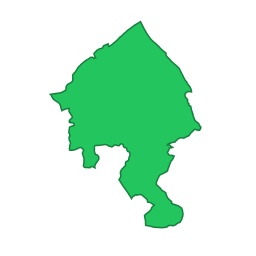 the district of Texhuacán, Veracruz, Mexico, rotated 82°
{"feature_id": "50627088B48642687236942", "entity_name": "Texhuacán", "entity_type": "district", "adm_level": 2, "iso_a3": "MEX", "parent_name": "Mexico", "parent_adm1": "Veracruz", "projection": "mercator", "projection_center": [-97.022, 18.616], "detail": "fine", "context": "isolated", "style": "filled", "palette": "green", "viewbox_px": 256, "rotation_deg": 82, "n_neighbors": 0, "source": "geoboundaries", "source_scale": "gbopen_adm2", "svg_char_len": 5865}
<svg xmlns="http://www.w3.org/2000/svg" viewBox="0 0 256 256"><g transform="rotate(82 128 128)"><path d="M83.9,200.2L84.9,199.4L86.1,199.1L87.4,198.7L89.2,197.8L91.3,195.6L92.7,193.9L93.8,192.9L95.0,192.2L97.3,191.6L98.2,191.6L100.0,191.4L101.2,191.1L101.7,191.0L101.0,189.3L100.6,187.4L100.3,185.5L100.6,183.4L101.5,183.8L102.8,184.1L104.0,183.9L108.6,181.8L109.5,181.6L110.6,182.4L111.2,183.5L111.8,184.4L112.5,185.0L113.2,185.2L113.8,185.3L114.1,185.2L114.0,184.7L114.0,184.3L114.7,184.4L114.9,183.8L115.0,182.8L115.2,182.0L115.6,181.4L116.0,181.0L116.7,180.9L117.7,180.9L118.1,181.1L118.2,181.9L118.5,184.4L118.9,185.3L119.3,185.9L120.3,186.1L121.7,186.5L123.2,187.0L124.2,187.2L125.0,187.1L125.6,186.8L126.5,186.6L127.9,186.7L128.5,187.3L129.0,187.7L129.7,187.8L131.7,187.8L132.7,187.6L133.8,187.1L134.9,187.1L136.1,187.5L137.4,188.2L138.3,188.3L139.3,188.6L140.2,188.8L141.7,189.0L142.2,187.5L142.3,186.1L142.2,184.7L142.1,183.3L141.4,180.8L140.7,178.9L140.8,177.2L141.8,176.3L142.7,175.6L143.2,175.3L143.9,175.1L144.8,175.4L145.6,176.2L146.9,176.7L148.2,176.4L149.2,176.3L151.1,175.9L152.3,175.8L154.7,176.2L155.6,176.3L156.6,176.6L157.4,176.8L159.2,177.4L160.1,177.1L160.9,176.6L161.5,174.6L161.4,173.8L162.0,171.8L162.0,171.2L161.5,170.3L161.0,169.4L161.4,168.4L162.8,166.2L161.3,166.4L159.6,165.4L158.6,164.7L156.7,162.9L156.0,162.3L155.3,161.6L154.7,161.2L153.8,161.2L153.4,161.2L152.9,160.9L152.3,161.0L150.2,162.4L149.8,163.5L149.5,163.9L148.4,164.2L147.4,164.4L146.3,164.5L143.9,164.1L142.8,164.0L141.8,163.8L141.2,163.5L140.8,163.1L141.0,160.7L141.2,158.8L141.1,157.3L141.2,155.1L141.1,154.1L141.2,153.1L141.9,150.8L142.3,150.4L143.0,149.9L143.4,149.2L143.7,148.2L144.1,147.4L144.5,146.8L144.4,146.3L143.8,145.1L143.0,144.0L143.1,142.7L143.5,141.5L144.0,140.6L144.3,139.4L143.7,138.5L143.0,137.9L142.7,137.0L143.1,135.9L143.6,135.2L144.1,134.9L144.9,135.2L145.3,135.2L146.0,134.9L146.6,134.4L147.0,133.9L147.1,133.2L147.3,132.7L147.7,132.4L148.2,132.1L149.0,132.2L149.6,132.1L150.4,131.8L151.2,131.6L151.7,130.4L152.2,129.9L153.4,129.6L155.8,129.9L156.5,130.7L157.2,130.9L157.9,131.3L159.7,131.8L160.6,132.9L161.0,134.6L161.6,135.0L162.8,135.5L163.9,135.6L165.1,135.8L165.8,137.1L166.8,138.2L168.2,140.1L169.4,141.0L170.3,141.5L171.5,141.8L172.3,141.9L173.6,141.6L174.5,141.8L175.8,142.4L176.4,142.8L177.9,144.1L184.3,141.2L191.8,137.3L198.4,134.3L196.4,132.8L196.3,131.8L195.1,129.5L195.7,128.9L195.6,128.0L195.7,124.1L200.2,120.1L201.4,119.1L202.8,118.9L204.1,118.9L204.5,117.4L205.3,115.7L206.8,114.3L208.0,112.8L209.2,114.5L209.9,115.4L211.6,116.3L213.5,118.3L214.6,120.3L215.7,122.2L216.8,123.8L218.5,123.9L220.1,123.7L222.3,123.6L224.8,123.9L226.9,124.0L228.2,120.0L229.9,115.9L231.3,109.1L231.6,106.5L231.4,103.0L230.6,101.9L230.1,101.1L230.3,100.8L230.4,100.5L230.4,99.7L230.5,99.0L230.6,98.3L230.8,97.8L231.1,97.4L231.1,96.9L230.7,96.1L230.8,95.3L230.6,94.6L230.4,94.1L230.2,93.8L229.9,93.4L229.6,93.0L228.9,91.3L228.9,90.8L228.8,90.0L228.4,89.4L227.6,88.8L226.1,87.6L224.7,86.9L223.8,86.8L223.0,86.0L222.2,86.0L220.9,85.4L220.0,85.7L219.5,85.7L218.9,85.5L217.4,85.5L214.7,86.1L213.9,87.1L213.0,87.9L211.9,89.4L209.8,93.4L209.7,94.5L209.3,94.7L208.8,94.8L208.6,95.3L208.2,95.2L207.3,95.1L206.5,95.4L205.8,96.2L202.8,98.5L200.4,99.2L198.8,99.6L197.4,99.6L196.9,100.1L195.5,101.8L194.8,102.9L191.7,104.7L190.4,105.8L189.3,106.6L188.1,107.8L185.4,107.4L184.4,106.7L182.7,105.8L179.6,103.6L178.9,102.8L177.9,99.5L176.7,96.0L175.9,94.7L174.7,94.4L173.7,93.9L172.3,93.1L171.5,92.6L169.9,91.8L168.6,91.0L167.6,90.5L166.6,89.9L166.1,89.1L165.3,88.3L164.4,87.6L163.4,87.0L162.2,86.2L161.8,87.3L161.1,88.3L161.1,90.0L160.5,91.0L159.3,91.7L158.2,92.2L157.5,92.3L156.4,91.3L155.5,90.6L154.5,90.3L153.5,89.8L153.5,88.9L153.7,87.7L153.3,86.5L152.8,87.5L151.5,88.5L150.7,89.1L150.3,89.7L150.3,90.6L150.4,91.3L149.2,90.4L149.1,89.8L149.0,88.1L148.4,85.8L148.5,84.7L148.5,83.9L148.2,83.1L147.8,82.7L146.2,80.7L145.6,79.6L145.1,78.1L145.1,76.7L145.4,75.3L145.8,74.4L145.7,73.8L145.5,73.0L145.1,72.0L144.6,71.3L144.5,70.3L144.4,69.5L144.1,68.9L143.3,67.9L142.6,67.4L141.7,66.5L141.0,65.4L138.4,62.0L138.6,61.7L139.8,59.7L139.7,59.5L139.6,59.3L140.2,58.1L140.3,57.6L140.1,57.3L139.7,57.1L139.4,56.8L139.1,56.7L138.8,56.6L138.7,56.2L137.6,55.8L136.6,56.0L135.6,57.0L134.5,57.2L133.6,57.3L131.9,58.8L131.2,59.6L129.4,60.8L126.3,61.5L125.4,61.6L124.9,61.8L124.1,61.9L123.4,61.7L123.0,61.8L122.0,62.2L119.5,62.4L118.8,62.9L118.2,62.8L117.7,62.7L116.9,62.7L115.2,62.9L113.8,64.8L112.5,64.3L111.5,65.0L110.5,65.3L110.2,65.5L109.8,65.5L109.4,65.1L108.0,65.1L106.9,65.7L105.8,66.7L104.0,67.1L101.8,66.6L100.4,64.2L100.5,61.7L101.1,60.1L100.4,60.0L98.4,60.2L96.6,60.7L94.4,61.7L93.1,62.6L91.8,63.1L90.6,63.4L89.6,64.2L88.1,65.0L75.9,69.1L74.7,70.1L72.8,71.6L68.4,75.5L64.5,78.1L63.4,79.1L62.3,79.8L60.9,80.1L59.7,80.2L58.7,80.1L57.9,81.2L56.9,82.1L55.1,83.7L53.5,84.9L51.4,86.3L48.7,88.5L45.9,91.0L43.2,93.1L40.5,94.5L37.4,96.1L35.0,97.0L32.2,98.2L24.4,100.8L26.2,104.9L26.7,106.4L27.6,107.9L28.3,109.4L29.5,111.4L30.7,113.9L31.7,115.5L32.7,116.8L34.1,119.1L35.7,121.1L36.8,123.2L39.4,126.4L40.3,127.7L41.2,129.2L42.2,130.8L42.8,131.6L44.3,134.5L44.6,135.8L41.9,136.0L42.3,137.5L42.8,139.5L43.3,140.9L44.2,141.5L44.9,141.8L45.3,142.2L45.6,144.6L46.0,146.3L46.5,147.5L48.3,150.0L49.4,151.2L49.8,151.4L52.9,150.8L53.9,150.4L53.8,150.8L54.1,151.1L54.4,151.5L54.2,152.2L53.3,153.0L52.9,153.8L52.9,155.0L53.2,156.0L53.9,157.0L54.7,158.9L55.4,160.7L56.3,162.2L57.1,163.5L58.1,165.2L59.2,166.4L60.0,167.7L61.3,169.2L62.3,170.0L63.2,170.7L64.3,171.6L65.1,172.3L65.8,173.3L67.2,174.9L67.8,175.3L70.7,175.7L71.6,175.8L72.0,175.9L72.9,176.0L73.6,176.3L74.7,177.4L75.4,178.9L75.9,180.5L76.1,181.1L76.6,181.8L77.4,182.7L78.0,183.3L79.0,183.6L79.6,183.7L81.0,184.0L82.2,184.7L82.4,185.8L83.8,189.4L83.8,196.5L83.9,200.2Z" fill="#22c55e" stroke="#15803d" stroke-width="1.5"/></g></svg>